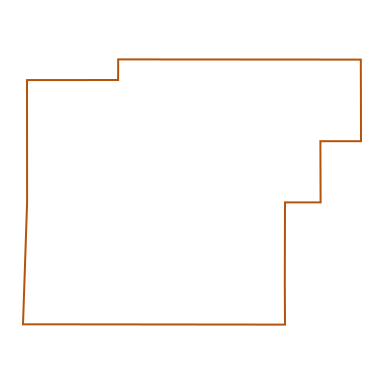 the district of Latimer, Oklahoma, United States of America
{"feature_id": "52423323B76239020598074", "entity_name": "Latimer", "entity_type": "district", "adm_level": 2, "iso_a3": "USA", "parent_name": "United States of America", "parent_adm1": "Oklahoma", "projection": "mercator", "projection_center": [-95.16, 34.87], "detail": "fine", "context": "isolated", "style": "outline", "palette": "amber", "viewbox_px": 384, "rotation_deg": 0, "n_neighbors": 0, "source": "geoboundaries", "source_scale": "gbopen_adm2", "svg_char_len": 287}
<svg xmlns="http://www.w3.org/2000/svg" viewBox="0 0 384 384"><path d="M285.0,324.6L284.8,283.8L285.0,202.4L320.6,202.4L320.4,141.2L361.0,141.2L360.9,91.1L360.8,59.6L118.2,59.4L118.1,80.0L27.0,80.1L27.1,202.5L23.0,324.3L285.0,324.6Z" fill="none" stroke="#b45309" stroke-width="2"/></svg>